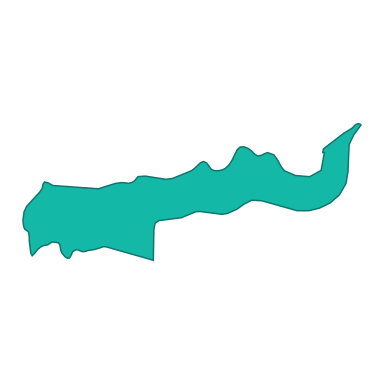 an SVG outline of Lower River
{"feature_id": "GMB-2154", "entity_name": "Lower River", "entity_type": "Division", "adm_level": 1, "iso_a3": "GMB", "parent_name": "Gambia", "parent_adm1": "", "projection": "equal_earth", "projection_center": [-15.76, 13.406], "detail": "fine", "context": "isolated", "style": "filled", "palette": "teal", "viewbox_px": 384, "rotation_deg": 0, "n_neighbors": 0, "source": "natural_earth", "source_scale": "10m", "svg_char_len": 1530}
<svg xmlns="http://www.w3.org/2000/svg" viewBox="0 0 384 384"><path d="M361.0,125.0L353.7,134.9L349.1,144.6L348.0,171.5L346.0,183.5L339.4,194.9L330.1,203.0L319.5,208.1L309.0,210.7L297.1,210.7L261.9,200.8L251.8,200.2L244.2,204.0L236.8,209.3L227.0,213.6L221.8,214.3L200.0,211.5L195.9,211.7L181.4,217.7L158.9,220.6L155.1,223.3L153.9,229.4L153.3,260.3L153.1,260.2L106.0,246.8L103.4,246.7L94.7,249.5L88.1,250.5L85.7,251.3L83.5,251.7L81.5,251.4L78.5,250.0L76.0,249.7L72.7,251.6L70.5,256.5L69.4,258.1L67.4,258.2L65.1,256.8L61.8,252.8L60.6,249.7L60.3,246.9L59.7,244.7L58.4,242.8L52.2,241.9L47.7,244.9L44.1,245.4L40.8,246.9L37.8,249.3L35.2,252.7L32.2,255.7L30.8,253.1L29.3,241.2L29.2,236.3L28.5,232.1L26.5,230.3L24.8,229.3L23.8,226.7L23.2,223.2L23.0,219.7L24.1,211.7L26.7,206.3L39.7,192.1L42.1,188.6L43.1,184.1L44.5,182.0L47.7,182.7L52.9,185.5L98.2,188.8L115.5,183.4L121.7,182.6L125.2,182.8L127.1,183.2L128.7,183.3L131.7,182.6L134.1,181.2L135.9,179.3L137.2,177.5L138.1,176.6L145.2,176.1L166.0,179.3L172.7,178.4L191.5,170.7L194.5,168.4L200.6,162.7L203.6,161.5L206.7,163.0L211.3,169.3L214.5,170.7L219.0,170.6L222.4,169.9L225.5,168.2L229.1,164.8L231.9,160.5L237.1,149.9L240.2,147.0L244.0,146.8L248.1,148.4L251.7,151.1L254.6,154.1L257.9,156.1L261.4,155.3L264.7,153.6L267.7,152.6L273.9,154.9L277.8,160.3L280.9,166.3L284.3,170.7L295.4,175.5L309.6,176.7L321.1,170.4L324.4,152.6L322.7,152.6L323.4,148.9L343.8,133.2L351.9,128.3L355.8,124.5L358.3,123.7L360.1,124.1L360.8,124.8L361.0,125.0Z" fill="#14b8a6" stroke="#0f766e" stroke-width="1.5"/></svg>